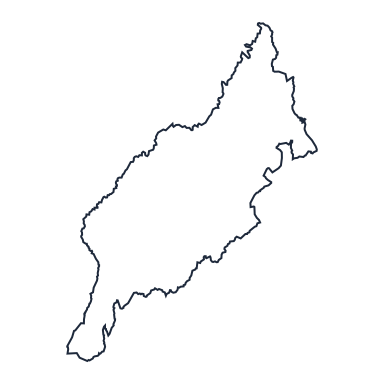 San Bartolo Tutotepec, Hidalgo, Mexico (Equal Earth projection)
{"feature_id": "50627088B89950958410687", "entity_name": "San Bartolo Tutotepec", "entity_type": "district", "adm_level": 2, "iso_a3": "MEX", "parent_name": "Mexico", "parent_adm1": "Hidalgo", "projection": "equal_earth", "projection_center": [-98.204, 20.469], "detail": "fine", "context": "isolated", "style": "outline", "palette": "slate", "viewbox_px": 384, "rotation_deg": 0, "n_neighbors": 0, "source": "geoboundaries", "source_scale": "gbopen_adm2", "svg_char_len": 5935}
<svg xmlns="http://www.w3.org/2000/svg" viewBox="0 0 384 384"><path d="M87.3,361.0L88.6,360.0L89.6,360.4L92.8,358.5L93.5,357.0L94.6,356.4L97.8,355.8L98.7,355.0L99.0,353.3L99.7,353.9L100.5,353.5L102.1,351.7L103.6,351.4L105.1,346.8L104.6,344.2L104.0,343.7L104.3,342.4L103.6,340.8L104.2,338.6L103.8,336.7L104.1,335.3L103.4,334.8L102.9,330.0L104.0,326.7L105.0,325.6L105.0,328.6L106.0,329.0L106.1,330.3L107.0,331.5L108.3,335.5L109.6,333.8L111.7,327.8L113.7,325.4L113.4,324.2L115.0,320.5L115.1,319.1L114.6,318.8L114.1,314.5L114.4,313.4L113.5,309.8L114.4,308.1L113.5,307.6L113.4,306.9L114.3,303.5L116.6,302.3L117.0,300.3L117.7,300.4L120.4,308.3L122.0,308.7L123.4,307.9L123.3,307.2L124.4,305.8L128.1,303.2L133.9,292.9L136.6,292.5L138.2,294.1L139.8,293.5L140.9,294.3L141.9,293.7L143.5,294.0L143.8,296.0L145.9,296.9L146.7,296.5L147.0,295.4L150.3,293.1L151.1,290.5L154.2,289.5L155.0,288.3L157.6,289.9L159.0,289.0L162.2,290.2L162.6,291.6L164.8,292.4L165.9,295.7L166.6,294.0L169.1,292.7L170.0,290.1L170.8,290.2L171.4,291.7L173.3,292.7L175.7,292.2L177.6,289.7L177.9,287.4L179.1,287.7L180.7,286.7L183.6,286.4L183.7,285.1L185.2,284.6L185.7,282.8L187.0,281.2L189.6,279.8L189.7,277.8L191.3,275.5L192.4,270.7L195.3,269.5L195.8,268.4L196.7,268.3L197.4,262.3L200.2,263.0L200.8,261.5L203.9,259.4L203.7,257.2L204.4,256.2L205.7,256.2L205.9,257.8L206.5,258.2L210.0,256.4L210.5,257.2L210.9,260.2L212.0,261.6L213.1,262.0L215.0,261.4L216.5,262.2L217.7,262.1L218.8,259.9L221.4,258.1L221.6,254.6L222.6,252.7L225.4,252.0L225.6,250.7L224.4,249.0L224.7,247.5L227.4,245.8L227.9,244.1L229.4,243.5L230.0,241.5L233.8,241.1L234.8,239.8L235.3,237.9L236.7,236.7L240.7,238.4L245.4,234.0L247.1,234.0L247.6,232.9L249.4,232.3L249.7,230.8L254.8,226.7L256.4,226.2L257.4,223.3L260.1,222.5L259.0,220.0L256.8,217.8L254.7,214.3L254.4,207.0L253.8,206.5L250.6,207.1L250.4,203.0L254.4,195.3L256.6,192.8L257.9,192.6L259.6,190.8L260.2,191.0L260.5,190.0L263.7,187.8L264.3,186.6L268.5,185.4L271.2,183.0L271.2,182.1L267.9,180.0L266.0,178.3L265.4,177.0L263.6,175.7L266.8,169.1L268.1,168.1L269.0,168.2L272.4,172.4L278.6,168.2L280.9,165.6L281.9,158.0L281.8,152.3L280.1,150.1L276.5,147.9L276.6,147.0L278.2,145.8L279.3,143.7L280.4,144.0L286.2,142.9L288.8,144.6L290.2,142.8L291.0,140.6L292.2,140.7L292.2,142.1L291.0,143.9L290.9,147.9L292.2,150.7L291.6,151.3L291.6,152.7L293.0,154.4L292.8,159.2L294.2,158.3L297.6,157.8L299.3,156.5L303.5,157.0L304.8,155.6L305.6,155.5L308.4,151.4L310.9,151.7L311.1,153.0L312.6,153.4L313.4,152.4L316.6,150.9L316.8,149.4L315.8,146.5L312.0,140.3L306.6,134.2L304.7,129.8L304.6,128.3L305.4,124.5L304.2,120.6L305.3,119.3L304.7,118.9L303.8,119.9L302.7,118.8L302.3,119.6L303.0,122.5L302.4,122.7L302.5,121.6L301.6,121.0L301.3,119.6L300.9,120.5L300.4,120.4L300.8,118.7L300.5,118.0L299.8,118.5L298.9,117.4L298.3,117.5L296.6,114.9L295.7,114.6L294.5,113.2L292.5,109.0L292.3,105.8L293.6,104.3L294.4,101.5L293.1,99.5L293.4,98.2L292.3,96.5L292.2,95.0L293.8,91.1L294.0,88.6L293.6,87.4L294.3,86.4L293.1,83.7L293.4,82.2L292.8,80.8L293.5,77.4L293.1,77.0L291.7,77.7L287.0,81.0L285.5,74.0L278.8,71.6L274.6,71.7L273.2,70.9L272.9,66.8L272.0,66.2L271.8,63.8L272.9,59.6L275.0,59.0L276.1,57.8L276.3,55.2L277.4,54.7L277.7,52.3L276.9,52.4L275.6,48.6L273.0,44.6L273.2,42.9L272.1,42.0L272.1,37.5L271.2,36.4L272.1,34.7L272.1,33.0L272.5,32.5L272.2,31.3L270.6,30.4L269.4,27.6L267.6,25.7L265.5,25.3L263.1,23.4L260.6,23.7L259.2,23.0L258.0,23.5L257.8,24.9L261.1,27.7L261.2,28.8L260.2,30.4L259.9,33.4L257.6,33.6L257.2,37.2L255.8,38.3L255.2,41.7L252.7,41.0L252.1,44.0L250.1,45.3L246.6,44.2L245.0,45.0L246.1,46.6L250.4,47.4L252.0,48.6L251.4,50.0L247.7,50.9L247.6,51.9L249.8,55.5L249.7,57.5L248.3,58.1L242.2,52.3L240.8,56.4L241.0,57.5L242.2,58.5L242.0,59.7L240.6,62.5L237.8,62.6L237.5,65.5L235.3,68.1L235.4,70.8L233.9,72.5L233.4,74.0L231.7,75.4L231.6,78.1L228.1,80.4L227.4,81.5L227.2,84.8L226.1,84.9L223.6,82.1L222.1,81.8L221.8,84.0L222.8,88.2L222.6,92.3L223.4,93.4L223.4,94.1L222.3,96.6L220.4,97.9L218.9,98.0L218.3,99.0L218.3,100.5L219.2,101.0L219.6,102.4L219.1,104.1L217.6,104.3L218.4,107.9L215.8,107.8L212.9,109.4L211.1,114.7L209.3,116.3L205.6,122.6L201.6,125.0L198.9,123.6L198.0,124.6L197.7,126.7L194.7,125.1L192.7,127.1L192.7,129.8L192.1,130.2L191.3,130.1L189.4,127.8L186.6,127.9L184.9,126.1L182.4,127.1L179.0,124.8L176.1,125.0L173.6,126.8L172.8,125.8L172.5,123.8L165.8,130.3L163.3,129.5L158.1,132.6L156.0,136.6L156.2,138.4L154.6,140.4L156.2,143.2L156.5,144.7L153.9,145.5L153.8,148.2L153.2,149.7L149.0,151.1L148.5,154.6L147.3,156.1L145.7,155.5L145.2,154.8L145.1,152.8L143.2,151.7L141.9,152.9L141.9,155.4L139.4,155.2L138.2,156.9L136.2,156.3L134.7,156.9L133.8,158.2L133.8,160.1L133.1,161.8L130.7,162.1L126.9,169.3L125.5,170.4L123.8,173.8L122.8,174.4L121.6,177.6L119.2,177.6L117.8,178.3L117.4,179.4L117.8,180.7L116.3,181.3L115.9,182.3L116.0,183.7L117.0,185.0L116.9,186.0L115.9,186.4L116.3,188.0L113.8,188.8L113.5,192.0L111.1,194.0L109.7,194.2L109.2,195.1L107.7,195.1L107.1,197.4L105.8,197.6L104.3,196.7L103.5,197.1L102.0,200.0L101.4,202.4L99.1,202.2L98.4,203.8L97.0,204.3L96.8,206.5L97.6,207.1L97.5,207.8L94.5,207.7L94.5,209.5L92.6,209.1L91.3,211.3L89.5,212.2L89.2,214.7L86.5,214.4L86.2,216.6L83.3,219.2L83.9,221.3L83.7,223.4L84.7,225.0L84.9,226.4L83.7,228.4L82.4,228.6L81.3,231.2L82.0,232.4L82.1,234.8L81.2,236.1L81.2,236.9L82.8,239.6L83.3,242.1L85.9,243.8L86.8,243.8L87.1,245.5L88.4,246.5L88.7,247.1L88.5,247.7L89.5,248.7L89.3,249.9L90.5,250.9L91.9,250.8L92.2,251.6L91.7,253.3L93.6,254.0L95.9,258.8L98.3,262.2L98.5,264.7L99.1,265.0L99.1,266.2L98.1,268.1L98.5,269.2L97.7,273.1L98.0,275.5L97.0,276.7L97.4,278.5L97.0,280.6L93.7,287.6L93.0,292.3L90.4,293.8L91.2,295.7L91.0,298.0L91.5,298.7L90.9,301.4L89.9,303.6L89.4,303.7L88.7,306.6L87.2,307.9L87.0,309.5L84.0,314.1L84.9,313.5L84.3,314.8L84.7,315.2L84.0,319.2L83.9,323.4L81.0,323.2L75.3,330.4L74.0,330.9L72.1,337.3L67.2,346.3L67.4,347.1L67.9,347.2L68.2,349.2L67.5,353.6L76.8,353.1L79.6,357.7L87.3,361.0Z" fill="none" stroke="#1e293b" stroke-width="2"/></svg>